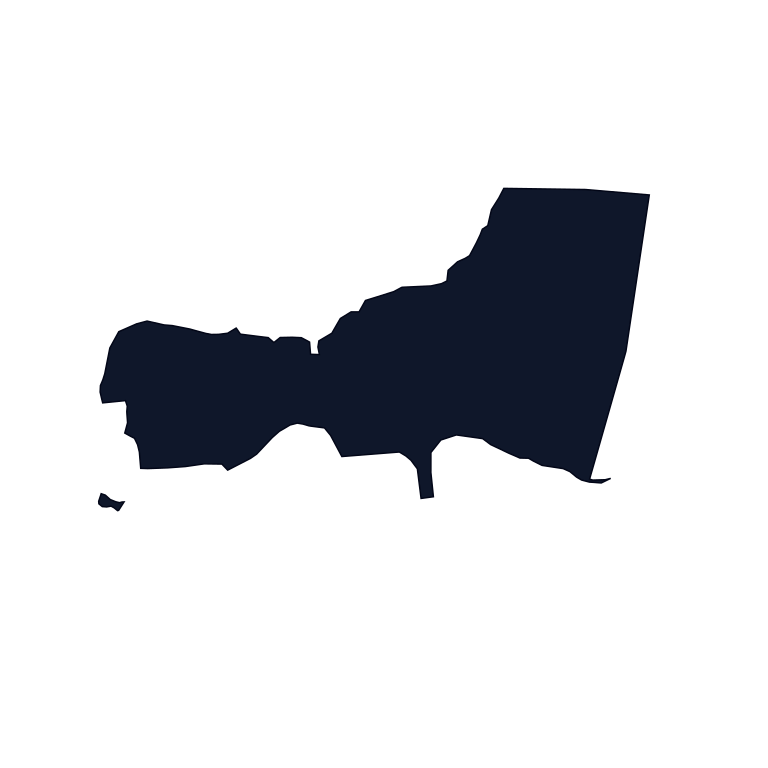 outline of Meyuns, Koror, Palau, rotated 164°
{"feature_id": "81905179B89717668575285", "entity_name": "Meyuns", "entity_type": "district", "adm_level": 2, "iso_a3": "PLW", "parent_name": "Palau", "parent_adm1": "Koror", "projection": "orthographic", "projection_center": [134.46, 7.354], "detail": "fine", "context": "isolated", "style": "filled", "palette": "ink", "viewbox_px": 768, "rotation_deg": 164, "n_neighbors": 0, "source": "geoboundaries", "source_scale": "gbopen_adm2", "svg_char_len": 2127}
<svg xmlns="http://www.w3.org/2000/svg" viewBox="0 0 768 768"><g transform="rotate(164 384 384)"><path d="M232.6,522.0L240.6,507.6L246.8,505.7L250.4,500.9L252.6,498.4L256.4,494.1L261.6,488.7L266.4,483.8L268.8,483.1L271.4,482.4L279.6,481.2L291.0,475.6L295.1,465.7L301.1,464.6L311.8,465.3L340.0,472.0L340.8,471.9L349.1,470.1L368.6,469.6L378.8,469.4L388.1,460.2L395.7,462.4L407.9,459.0L416.3,450.9L420.1,447.2L434.7,443.4L437.3,437.8L437.6,434.6L438.0,430.1L446.4,432.8L445.2,438.9L444.0,444.8L445.8,446.6L450.7,451.3L459.3,454.2L471.0,457.3L477.4,454.6L478.4,454.2L480.9,458.0L482.5,460.5L490.1,463.7L508.3,471.5L510.3,477.5L510.7,478.5L512.2,478.1L520.3,475.9L529.3,477.3L536.3,479.2L538.8,480.5L541.1,481.6L551.2,487.7L555.4,490.3L571.4,498.5L579.1,501.4L594.4,509.8L605.3,510.0L624.5,507.4L637.6,494.2L649.6,470.8L652.0,467.2L652.9,465.8L654.3,464.0L657.0,460.7L659.1,454.5L659.5,446.8L659.6,443.4L637.1,439.3L637.0,436.5L636.9,433.5L638.0,430.6L638.8,428.5L639.5,425.5L641.2,417.4L646.7,408.3L642.2,403.8L638.8,400.6L637.6,393.6L637.9,386.1L641.1,370.0L634.3,367.8L614.9,363.0L597.7,359.4L578.8,356.8L572.5,354.9L561.9,351.7L558.0,344.3L532.9,349.3L525.8,351.7L506.2,363.3L497.6,367.4L492.0,368.8L485.6,370.5L482.3,370.4L478.2,370.3L472.9,367.8L467.7,364.5L466.0,363.7L453.3,358.2L449.5,349.3L444.5,325.9L388.0,314.4L382.8,308.8L379.1,303.3L376.7,296.9L375.3,293.3L379.9,263.8L377.9,263.5L367.6,262.0L363.3,286.2L362.6,288.5L357.8,305.2L352.2,309.2L344.8,314.5L328.5,315.1L304.2,304.3L298.2,296.4L282.9,282.9L276.9,278.0L273.8,275.4L265.5,272.8L261.6,268.7L254.5,262.2L235.1,253.3L229.4,248.5L224.6,241.5L223.4,240.2L220.5,237.2L213.6,233.1L209.4,231.6L206.5,230.5L202.4,229.0L192.1,230.8L197.7,231.0L209.8,234.1L212.6,235.9L204.8,248.4L172.8,299.8L145.4,343.9L142.4,348.8L76.9,492.6L136.7,515.4L214.9,539.0L222.3,531.2L232.6,522.0ZM677.5,339.3L675.0,335.7L673.9,335.7L673.0,336.5L666.4,342.3L668.4,342.8L670.9,342.8L673.9,344.5L674.4,344.8L679.0,348.4L682.5,354.0L686.1,356.5L687.1,355.0L690.6,349.9L691.1,347.4L688.6,343.8L684.5,342.3L680.0,341.8L677.5,339.3Z" fill="#0f172a" stroke="#020617" stroke-width="1.5"/></g></svg>